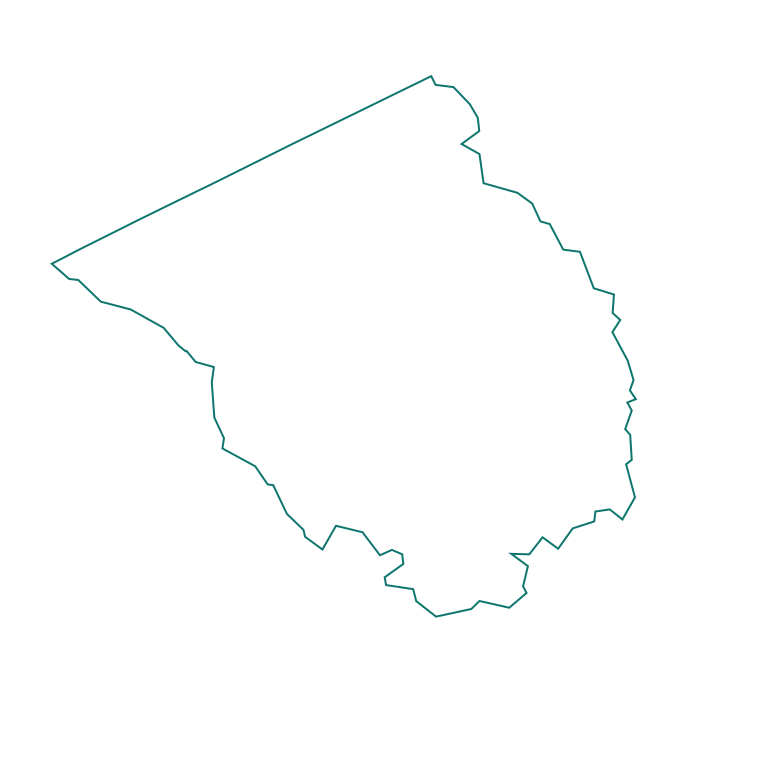 Cache, Utah, United States of America, rotated 334°
{"feature_id": "52423323B21224968054830", "entity_name": "Cache", "entity_type": "district", "adm_level": 2, "iso_a3": "USA", "parent_name": "United States of America", "parent_adm1": "Utah", "projection": "natural_earth1", "projection_center": [-111.756, 41.684], "detail": "fine", "context": "isolated", "style": "outline", "palette": "teal", "viewbox_px": 768, "rotation_deg": 334, "n_neighbors": 0, "source": "geoboundaries", "source_scale": "gbopen_adm2", "svg_char_len": 1246}
<svg xmlns="http://www.w3.org/2000/svg" viewBox="0 0 768 768"><g transform="rotate(334 384 384)"><path d="M561.4,128.0L412.0,128.1L404.8,128.1L323.8,128.8L298.6,128.8L279.7,128.8L236.4,128.9L173.7,129.5L138.6,130.3L138.1,130.3L147.0,151.5L154.8,156.5L165.6,185.9L189.0,206.0L210.6,237.0L216.2,259.4L220.0,267.6L220.4,267.7L220.8,267.6L221.0,267.7L224.4,281.7L238.5,294.2L229.9,307.1L216.8,339.8L216.4,362.6L210.5,371.1L232.2,401.5L235.4,423.2L240.1,426.4L239.8,458.3L247.7,479.8L246.1,486.7L256.1,505.8L278.7,490.4L299.7,507.8L305.3,536.1L318.4,536.6L325.7,545.0L322.5,554.2L299.9,558.0L297.7,565.6L320.3,581.2L317.8,593.3L328.8,615.9L363.9,624.5L374.7,620.9L398.5,640.0L420.5,634.3L420.3,626.8L433.5,610.8L423.9,592.4L439.9,600.8L459.3,591.3L468.3,608.4L490.3,596.5L512.7,599.7L518.1,591.3L532.0,595.7L538.9,610.3L559.9,595.9L566.4,562.3L573.4,560.8L583.0,537.6L581.0,530.3L595.0,516.5L594.6,507.3L603.7,508.0L602.2,497.5L610.0,489.9L613.3,469.8L612.0,437.5L624.4,430.0L620.6,420.4L629.9,404.4L614.5,389.9L618.1,351.1L604.0,341.8L603.1,312.9L595.9,306.5L596.3,286.8L587.8,270.7L561.5,247.2L570.6,219.2L558.9,202.3L580.5,198.4L585.0,185.9L583.8,170.2L576.6,147.6L561.5,137.8L561.4,128.0Z" fill="none" stroke="#0f766e" stroke-width="2"/></g></svg>